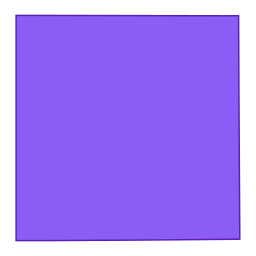 Stevens, Kansas, United States of America
{"feature_id": "52423323B61357262089532", "entity_name": "Stevens", "entity_type": "district", "adm_level": 2, "iso_a3": "USA", "parent_name": "United States of America", "parent_adm1": "Kansas", "projection": "albers", "projection_center": [-101.316, 37.192], "detail": "fine", "context": "isolated", "style": "filled", "palette": "violet", "viewbox_px": 256, "rotation_deg": 0, "n_neighbors": 0, "source": "geoboundaries", "source_scale": "gbopen_adm2", "svg_char_len": 322}
<svg xmlns="http://www.w3.org/2000/svg" viewBox="0 0 256 256"><path d="M228.7,15.8L30.1,15.4L16.1,15.4L16.1,240.6L32.7,240.6L48.2,240.6L80.3,240.4L80.9,240.4L97.2,240.3L105.7,240.3L106.5,240.3L172.9,239.8L173.5,239.8L239.8,239.2L238.9,90.7L238.6,15.7L228.7,15.8Z" fill="#8b5cf6" stroke="#5b21b6" stroke-width="1.5"/></svg>